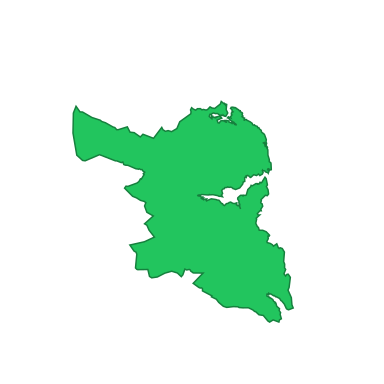 the district of Vefsn nor, Nordland, Norway, rotated 116°
{"feature_id": "86288312B80996435697818", "entity_name": "Vefsn nor", "entity_type": "district", "adm_level": 2, "iso_a3": "NOR", "parent_name": "Norway", "parent_adm1": "Nordland", "projection": "albers", "projection_center": [13.105, 65.821], "detail": "fine", "context": "isolated", "style": "filled", "palette": "green", "viewbox_px": 384, "rotation_deg": 116, "n_neighbors": 0, "source": "geoboundaries", "source_scale": "gbopen_adm2", "svg_char_len": 6055}
<svg xmlns="http://www.w3.org/2000/svg" viewBox="0 0 384 384"><g transform="rotate(116 192 192)"><path d="M255.5,53.5L251.9,50.2L249.5,52.8L243.4,56.4L238.1,62.7L235.2,62.9L225.6,66.2L223.7,69.5L224.3,70.5L226.5,71.1L225.2,73.5L220.5,73.9L219.7,75.5L216.2,77.1L214.4,79.1L205.5,82.6L203.2,86.1L203.5,88.4L204.5,88.9L204.2,90.0L201.4,93.1L205.0,95.1L204.2,96.5L203.9,99.0L204.5,102.2L203.7,103.0L200.5,103.0L198.4,104.4L197.8,103.3L196.9,103.3L195.2,107.9L195.4,111.7L196.9,114.8L194.8,116.7L194.3,118.3L192.1,121.0L188.1,122.0L187.4,122.8L183.0,121.1L183.7,122.4L182.9,123.8L179.2,122.8L178.5,121.5L177.3,122.6L173.8,122.2L171.9,123.8L171.7,125.2L171.2,125.7L169.5,125.8L168.6,126.6L162.8,124.6L162.3,122.7L160.2,122.3L156.7,124.6L154.4,127.6L152.6,127.3L147.5,131.2L146.7,132.9L152.9,133.5L153.6,134.0L153.4,135.1L155.5,135.3L156.2,136.4L155.7,136.6L156.4,138.2L159.9,140.4L160.1,141.8L161.5,141.6L165.3,142.9L170.9,141.9L171.8,142.7L172.2,144.2L173.2,144.4L172.8,145.2L173.8,147.0L177.1,148.3L178.3,147.9L179.8,145.6L181.3,145.1L182.0,143.7L184.0,142.9L186.0,140.9L183.7,143.4L184.0,144.3L183.6,144.7L184.3,145.1L184.1,146.0L183.9,145.7L184.0,146.2L182.1,147.0L183.7,148.6L184.3,150.3L184.1,152.8L185.2,154.1L186.1,154.3L187.4,156.0L190.0,156.9L190.0,158.1L189.1,159.5L189.4,160.4L187.6,164.1L188.2,166.0L188.2,167.0L189.7,171.7L193.4,174.9L193.1,175.0L193.1,175.8L191.8,175.7L193.5,178.5L193.5,178.8L193.3,178.9L193.3,179.3L193.8,178.8L193.7,180.1L193.2,179.8L193.5,180.5L192.6,179.8L193.0,180.8L192.0,180.5L192.5,181.5L192.2,182.8L192.8,184.9L192.5,185.3L191.4,184.3L191.6,182.2L191.1,183.2L190.0,182.2L187.5,175.9L186.7,175.4L186.9,175.0L185.2,172.0L184.0,167.3L184.0,165.8L183.4,164.6L182.9,162.5L181.7,164.2L180.0,163.8L177.6,166.0L175.6,165.4L174.8,164.4L173.7,164.5L172.6,162.6L171.8,162.3L171.6,160.7L170.7,159.5L170.5,157.8L171.0,156.4L170.7,156.0L170.7,154.0L167.4,150.9L162.8,149.9L160.4,150.3L159.4,149.2L155.9,151.0L155.1,150.6L155.1,149.7L153.1,150.8L153.9,149.9L152.6,149.2L152.9,146.9L153.4,146.2L153.2,145.6L149.4,144.1L148.9,141.2L146.7,140.1L147.5,138.2L145.0,136.6L143.2,136.7L141.9,138.2L141.5,138.2L141.8,137.8L141.2,136.4L141.2,135.5L141.7,134.9L141.4,132.1L141.7,131.7L138.9,132.0L138.7,132.3L139.0,133.8L138.3,134.0L137.6,133.7L137.5,133.0L138.1,132.2L137.6,130.7L137.0,130.6L131.9,133.4L131.1,134.1L130.9,135.8L128.9,136.8L125.6,139.9L120.9,142.3L119.2,144.5L118.8,144.7L119.0,143.7L118.7,143.8L118.0,145.2L118.8,144.8L118.6,145.8L118.9,146.2L116.8,147.9L116.6,149.3L115.8,148.8L116.5,147.0L117.8,145.8L115.4,146.3L114.8,147.3L112.3,148.2L108.7,151.9L108.0,153.4L108.2,153.7L107.7,155.7L106.2,156.9L105.8,158.9L104.9,160.1L105.4,161.0L104.4,162.1L104.7,164.2L104.3,165.3L104.8,165.5L104.9,166.9L103.9,168.0L103.4,170.7L103.4,174.8L103.1,174.9L103.6,176.2L105.1,176.5L102.5,177.3L102.8,178.0L102.4,180.0L101.4,179.5L100.4,181.0L99.1,181.1L98.7,181.8L98.6,184.0L97.8,184.3L98.1,185.4L97.6,186.4L97.7,187.5L97.6,188.5L97.3,188.5L97.2,190.6L97.9,190.9L98.1,191.7L97.7,192.3L98.7,193.9L100.1,193.9L100.1,192.9L100.6,191.9L101.8,191.5L102.0,190.3L103.6,191.2L104.8,190.8L105.2,189.9L107.8,190.4L108.4,189.6L108.5,192.3L109.8,192.6L109.7,191.6L110.7,188.7L111.0,184.7L111.6,183.8L111.6,182.7L112.5,181.2L112.3,182.8L112.6,183.3L112.1,183.9L111.8,186.6L112.5,186.4L112.9,185.3L112.9,186.1L112.3,187.1L112.7,187.3L113.0,189.3L112.0,190.0L112.6,192.5L113.2,193.6L113.4,193.0L113.9,193.6L113.6,192.7L114.2,192.0L114.4,192.8L114.0,193.9L114.6,196.2L115.7,197.5L118.0,197.7L118.4,198.9L116.4,201.0L112.6,197.6L112.3,198.1L112.6,198.8L111.6,199.3L112.0,200.4L111.7,200.4L114.0,203.2L114.2,202.7L115.0,203.3L115.0,204.5L115.4,204.7L115.2,205.9L115.8,206.1L114.8,206.7L115.0,207.0L114.8,208.0L117.4,206.5L116.6,209.6L114.4,210.0L114.0,209.3L114.1,208.5L112.7,208.4L111.5,207.2L111.3,205.3L110.3,203.6L110.8,200.0L110.1,199.5L110.3,199.2L109.6,197.7L109.1,197.8L109.4,197.1L109.3,196.1L109.6,196.1L109.2,194.8L105.3,194.5L103.0,197.4L98.1,199.2L98.2,200.1L99.5,199.5L98.3,201.5L98.7,201.5L97.8,205.4L100.5,205.1L106.9,208.2L107.7,210.7L107.6,213.1L111.1,214.2L112.2,215.3L112.8,218.0L113.8,219.1L113.4,221.0L114.7,223.6L116.8,224.6L116.9,227.2L116.4,229.3L118.9,229.3L120.3,228.0L122.3,227.4L134.2,233.8L141.6,233.4L146.7,236.8L147.3,240.4L149.1,242.5L148.8,245.4L147.2,247.5L160.6,250.1L161.6,261.4L165.2,262.6L164.0,270.0L165.4,273.9L161.8,278.7L168.3,285.6L169.0,287.0L167.9,289.6L168.2,291.5L167.7,300.2L168.2,304.0L167.7,305.9L168.9,314.6L168.1,325.4L169.1,327.8L165.8,333.8L173.1,333.2L191.2,324.8L209.4,311.7L211.6,304.2L210.8,301.7L199.0,291.5L197.6,274.6L197.0,273.2L196.6,268.4L195.4,267.3L197.2,265.4L197.1,263.8L196.1,261.2L195.7,252.3L195.2,251.5L195.1,250.2L194.2,249.6L194.4,248.0L193.7,246.7L194.6,245.5L194.9,243.2L197.0,243.8L197.3,242.7L202.6,243.2L202.8,244.1L205.9,244.3L208.1,245.4L213.3,250.4L215.0,252.0L215.7,253.9L218.1,254.3L221.9,243.5L221.6,239.3L222.1,234.6L221.4,230.9L221.8,228.8L225.4,228.5L230.0,223.7L230.5,216.3L241.4,220.7L241.6,218.0L245.1,213.9L249.0,206.0L257.7,213.1L266.9,224.6L270.5,218.2L270.6,215.9L272.2,214.3L285.0,209.5L285.7,207.7L285.6,206.8L281.0,197.7L286.5,193.2L286.8,190.6L283.6,185.9L276.8,180.8L272.1,175.5L271.2,169.6L272.8,164.5L270.4,163.9L264.4,164.6L264.4,162.6L262.8,160.5L262.7,159.7L263.6,158.6L264.2,155.4L260.0,146.5L273.6,150.9L274.8,144.0L274.7,142.5L274.0,141.5L274.2,140.3L276.3,139.2L276.6,128.6L277.7,128.6L277.7,123.1L279.5,119.6L281.0,113.7L280.5,110.2L276.9,104.6L275.0,100.3L275.2,99.0L273.8,95.5L271.3,90.5L271.3,85.7L271.9,83.4L271.7,82.2L273.0,78.0L271.7,73.8L274.7,67.2L274.9,65.2L271.4,63.0L270.8,56.9L268.5,57.3L266.8,56.1L263.3,59.2L261.6,59.5L260.3,61.7L258.5,62.2L257.6,65.7L255.1,67.9L254.9,68.4L255.2,68.6L254.6,68.9L254.5,70.6L253.2,72.3L252.8,75.0L253.0,75.1L253.0,76.3L252.6,76.4L252.7,79.0L251.0,79.9L250.6,79.4L250.8,78.2L249.4,78.7L249.6,77.3L249.2,77.1L249.1,76.0L249.5,73.2L249.0,72.7L249.5,70.8L249.2,70.4L249.3,66.6L250.6,64.5L250.6,63.6L252.3,59.9L255.4,56.1L255.7,55.0L255.5,53.5Z" fill="#22c55e" stroke="#15803d" stroke-width="1.5"/></g></svg>